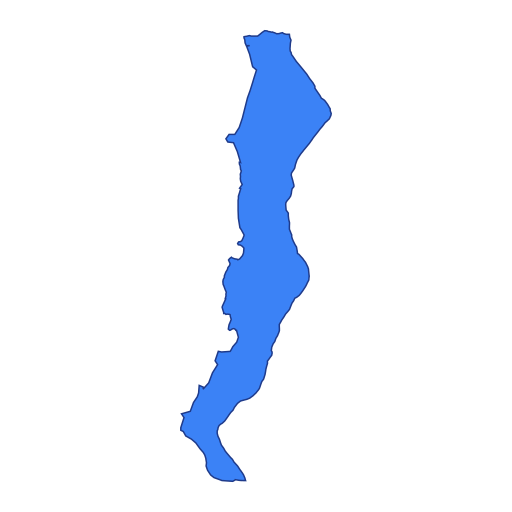 Ayat, Al Jizah, Egypt (Albers equal-area conic projection)
{"feature_id": "37247803B7250727301439", "entity_name": "Ayat", "entity_type": "district", "adm_level": 2, "iso_a3": "EGY", "parent_name": "Egypt", "parent_adm1": "Al Jizah", "projection": "albers", "projection_center": [31.24, 29.564], "detail": "fine", "context": "isolated", "style": "filled", "palette": "blue", "viewbox_px": 512, "rotation_deg": 0, "n_neighbors": 0, "source": "geoboundaries", "source_scale": "gbopen_adm2", "svg_char_len": 5546}
<svg xmlns="http://www.w3.org/2000/svg" viewBox="0 0 512 512"><path d="M245.6,480.6L245.3,479.7L244.9,478.1L243.5,474.8L242.3,472.9L241.5,471.8L240.9,470.9L239.9,469.6L237.8,466.3L237.4,465.8L234.3,462.4L234.0,462.1L232.4,459.3L230.4,457.3L226.5,452.7L226.2,452.3L225.1,450.9L224.1,449.0L223.3,447.7L223.1,447.5L221.4,445.1L220.4,442.4L219.5,439.5L218.0,436.3L217.9,436.0L217.2,433.3L217.2,430.9L217.8,429.5L218.1,427.6L219.1,425.5L220.6,424.2L220.9,424.0L221.7,423.6L222.3,423.2L224.7,421.0L227.0,417.8L229.4,414.3L230.8,412.4L233.0,410.2L234.4,407.4L236.7,404.4L237.6,403.3L240.5,401.0L243.8,400.1L244.9,399.8L246.9,399.3L249.8,398.1L252.2,396.3L252.6,396.1L256.2,392.7L256.9,391.7L258.1,390.3L258.9,389.2L259.4,388.4L260.1,386.4L261.0,383.7L261.8,381.6L261.9,381.4L263.5,379.3L263.7,378.8L265.0,374.6L265.5,371.9L265.9,369.2L266.6,366.4L267.5,363.3L267.4,361.1L268.9,359.2L270.1,357.4L271.7,355.3L272.1,353.3L272.1,352.8L272.0,351.8L271.3,350.7L271.7,347.5L271.8,347.0L273.2,343.7L274.8,341.5L275.0,340.9L275.9,338.3L277.5,335.7L278.0,334.4L278.9,332.2L279.4,330.6L279.4,330.1L279.4,328.8L279.3,326.4L279.3,324.4L280.6,322.2L281.5,320.5L281.7,320.1L283.7,317.2L283.9,316.9L285.6,314.0L287.9,311.4L289.5,309.4L290.8,306.0L292.0,303.1L292.9,301.8L293.6,300.8L294.8,298.2L296.7,297.3L299.2,295.4L299.7,294.8L301.0,293.2L303.0,290.4L305.6,286.4L306.1,285.4L306.4,284.9L307.2,283.1L308.8,280.0L309.0,277.7L309.2,276.1L309.1,275.5L308.5,269.6L308.5,269.1L307.7,266.7L306.1,263.5L305.5,262.3L303.8,260.1L302.7,258.5L300.5,256.1L298.9,254.3L297.5,253.5L297.3,251.6L296.8,248.8L296.5,247.0L295.8,245.9L295.0,244.6L293.3,241.2L292.3,238.8L291.8,237.0L291.7,236.6L291.7,234.9L290.9,233.1L290.6,232.2L289.5,229.5L289.4,229.3L289.4,226.7L289.4,225.8L289.5,223.9L289.5,222.6L288.7,219.3L288.3,215.7L288.3,213.1L286.2,210.2L286.1,209.8L285.8,206.3L285.7,204.5L285.9,202.6L287.2,200.6L289.1,198.4L289.5,197.8L289.7,197.5L290.6,196.1L291.3,193.6L291.6,191.1L292.1,188.8L293.9,186.6L293.9,186.3L293.9,185.7L293.9,185.2L292.7,180.4L291.2,175.1L291.5,173.0L291.9,172.4L293.4,170.2L294.4,168.6L294.7,168.0L295.0,166.6L295.3,165.2L295.4,164.6L297.0,159.9L298.6,157.1L300.9,153.7L303.1,151.0L303.5,150.4L304.6,149.1L306.6,146.7L309.0,143.8L309.2,143.6L310.1,142.3L312.1,139.5L312.6,138.7L313.5,137.4L315.4,135.0L316.3,133.9L316.7,133.4L317.0,133.0L317.8,132.0L319.9,129.2L321.9,126.9L322.1,126.7L325.0,122.8L325.3,122.5L325.8,122.1L327.3,120.8L328.5,119.6L329.3,118.9L330.9,115.4L331.2,113.6L331.2,113.4L330.3,111.0L330.1,108.6L329.3,107.4L328.3,105.6L327.6,104.4L327.1,103.7L326.2,102.5L325.9,102.1L325.5,101.5L324.4,100.2L323.5,99.6L322.7,99.0L322.0,98.6L321.3,98.1L319.9,95.5L319.7,95.2L317.2,91.6L317.0,91.3L314.9,88.2L314.9,86.2L313.9,84.5L313.0,82.9L312.3,82.0L309.7,78.7L306.8,74.2L300.7,66.7L296.6,61.8L296.4,61.6L295.8,60.7L294.7,59.1L294.1,58.2L292.6,56.0L292.1,55.4L291.5,54.5L291.2,53.0L291.1,52.5L290.2,51.0L290.0,48.6L290.4,43.1L291.0,40.1L290.6,39.3L290.5,39.1L290.4,38.7L289.8,37.4L289.6,36.1L289.4,34.3L286.2,34.3L283.5,33.5L282.6,32.7L281.0,33.0L280.2,33.2L279.2,33.6L277.7,33.7L276.5,33.7L274.7,32.8L273.3,32.4L272.6,32.0L272.0,32.2L270.9,32.0L269.9,31.7L268.2,31.5L267.1,30.9L264.7,30.7L262.3,32.3L259.9,34.3L257.6,36.1L256.5,36.1L255.9,36.1L253.5,36.1L252.6,36.1L251.3,36.1L249.4,35.6L247.6,36.0L247.1,36.2L245.7,36.4L244.5,36.6L244.0,36.7L244.0,37.9L244.8,39.8L244.9,41.0L245.1,42.9L246.3,45.7L249.7,45.6L246.6,46.2L249.6,54.2L252.3,65.4L252.7,66.8L256.5,70.0L254.0,77.9L252.6,82.6L250.1,90.6L247.5,97.8L242.4,118.0L241.1,121.9L239.2,127.5L234.8,134.4L229.1,134.4L225.9,138.8L227.8,142.0L233.5,142.7L235.4,147.1L237.3,151.5L240.1,161.0L240.5,162.4L239.9,162.1L239.3,162.2L239.4,164.1L240.2,165.9L240.4,167.8L240.6,169.6L241.3,170.8L240.8,172.8L240.3,174.1L240.5,176.6L240.3,178.7L240.7,181.3L242.2,184.5L239.6,188.2L240.7,188.6L239.7,192.1L238.4,196.2L238.4,198.4L238.1,200.3L238.1,202.5L238.1,210.4L238.4,218.3L239.9,227.7L241.2,229.6L244.0,234.7L244.0,235.6L243.0,238.2L241.8,240.7L240.5,241.6L238.6,241.9L237.6,243.5L238.3,244.8L240.5,245.1L242.4,246.4L243.9,248.1L243.8,249.8L243.5,253.0L242.5,255.6L241.3,257.0L239.6,259.0L237.8,259.8L237.2,259.2L234.6,258.8L233.3,258.3L232.0,257.8L231.4,257.2L229.6,258.6L228.5,260.0L229.3,261.8L230.1,263.6L229.6,265.5L227.9,267.5L227.4,269.5L225.8,272.1L224.8,274.7L224.3,276.0L224.4,277.3L223.3,279.3L222.9,281.2L223.0,283.1L223.1,283.7L223.1,284.3L223.9,286.1L224.8,288.6L225.5,290.4L226.3,292.2L225.9,294.1L226.0,296.0L225.2,298.7L225.7,298.9L222.8,305.3L222.4,306.2L222.1,307.2L222.7,309.4L223.7,312.5L223.7,313.5L224.6,313.5L225.3,313.8L225.9,314.4L227.1,314.1L229.7,314.4L230.1,314.7L230.3,316.4L231.2,319.4L230.2,322.1L229.1,324.6L228.7,326.6L228.3,329.1L229.6,330.3L230.3,330.2L231.4,329.5L232.6,328.8L233.9,328.6L235.1,329.2L235.9,330.4L236.5,330.3L238.4,337.3L236.7,342.2L232.8,346.7L231.5,349.2L230.2,351.4L221.5,352.0L219.7,351.6L218.3,351.3L215.1,360.8L217.6,364.6L216.0,367.2L212.5,372.8L208.7,382.9L205.0,387.0L203.0,389.2L203.7,387.3L199.2,385.4L198.6,393.0L197.3,396.8L193.5,402.5L190.3,411.3L181.5,413.8L184.0,417.6L181.3,426.1L180.8,427.7L180.8,430.3L183.3,431.5L185.8,436.0L186.4,436.3L191.5,439.2L195.9,443.0L200.0,448.7L202.8,451.9L203.2,452.3L204.6,454.7L204.9,455.4L205.9,458.6L205.9,459.0L206.5,462.8L206.1,466.0L206.9,468.4L207.6,470.3L210.6,474.9L211.3,475.5L214.0,477.6L214.8,477.9L219.8,479.7L222.1,480.6L222.8,480.6L226.8,480.9L232.8,481.3L235.5,479.8L235.5,479.7L239.0,480.3L241.0,480.5L245.6,480.6L245.6,480.6Z" fill="#3b82f6" stroke="#1e3a8a" stroke-width="1.5"/></svg>